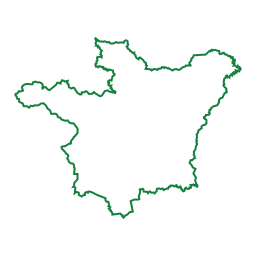 Mueang Phetchabun, Phetchabun, Thailand
{"feature_id": "78962969B97134381081584", "entity_name": "Mueang Phetchabun", "entity_type": "district", "adm_level": 2, "iso_a3": "THA", "parent_name": "Thailand", "parent_adm1": "Phetchabun", "projection": "albers", "projection_center": [101.207, 16.368], "detail": "fine", "context": "isolated", "style": "outline", "palette": "green", "viewbox_px": 256, "rotation_deg": 0, "n_neighbors": 0, "source": "geoboundaries", "source_scale": "gbopen_adm2", "svg_char_len": 5684}
<svg xmlns="http://www.w3.org/2000/svg" viewBox="0 0 256 256"><path d="M74.7,193.2L76.3,192.0L78.1,192.3L78.8,192.8L78.8,195.0L81.8,196.5L83.5,195.1L84.9,195.0L84.8,193.2L86.0,192.1L87.9,192.7L88.1,191.7L89.1,191.5L92.0,192.3L97.5,195.1L105.5,198.2L105.4,200.1L106.4,201.7L108.4,201.8L109.2,205.2L108.4,206.3L110.3,207.0L109.7,208.6L109.0,208.8L110.3,210.7L111.0,210.6L111.0,211.5L112.0,212.2L112.3,213.8L112.8,213.9L112.6,214.6L120.3,213.5L121.0,214.5L122.6,215.3L122.2,216.1L123.6,217.7L125.4,215.4L127.5,214.5L129.6,212.2L132.8,211.6L130.7,201.1L134.4,199.5L138.2,199.6L139.3,199.1L138.8,195.7L139.7,194.1L140.2,190.6L139.7,189.7L140.2,189.2L141.1,189.4L142.6,188.8L143.3,189.1L143.7,191.6L147.6,191.9L147.9,193.1L149.9,191.4L151.4,192.7L153.8,192.5L154.7,193.4L156.7,190.9L156.9,188.8L159.5,188.5L160.6,189.1L162.7,188.5L163.6,190.1L167.1,188.4L168.0,188.7L168.9,186.8L170.3,186.6L170.5,185.6L173.1,185.6L174.5,186.5L176.3,185.1L177.0,186.1L176.9,186.9L178.7,187.6L180.1,186.4L180.8,187.1L180.5,187.4L181.1,189.0L182.3,189.4L182.6,190.9L183.7,191.4L184.4,190.9L185.1,188.3L186.0,187.7L186.5,188.6L188.7,189.0L189.6,188.1L189.5,187.5L190.8,187.8L191.4,185.8L190.7,185.0L192.3,184.7L193.3,185.1L193.7,184.6L194.4,185.4L194.6,185.0L195.7,185.0L196.4,186.2L196.7,185.7L197.3,186.3L197.5,185.6L196.0,183.3L195.2,180.2L196.0,177.6L193.4,173.5L195.5,168.9L192.7,167.4L191.6,165.0L189.6,162.9L190.7,160.1L192.2,160.3L193.8,158.5L194.9,158.2L194.4,157.5L194.7,156.3L193.7,154.8L194.1,154.0L193.7,151.9L195.5,149.3L195.9,146.3L197.2,144.0L196.3,142.4L197.0,140.9L196.4,140.3L197.1,135.9L196.6,134.6L198.2,132.3L198.3,130.5L201.6,128.3L201.5,126.4L203.5,125.0L205.3,124.7L206.5,123.1L206.3,119.7L204.0,118.3L203.9,117.1L205.4,116.5L205.8,115.0L208.9,114.8L209.8,113.5L208.9,112.3L209.5,111.8L209.5,109.9L210.7,109.7L211.1,108.1L213.3,106.4L217.4,105.2L219.2,101.9L218.8,101.4L219.4,99.3L221.0,98.0L222.3,97.8L224.6,93.2L226.4,92.6L226.8,91.4L226.2,91.0L226.4,88.8L223.6,85.9L223.4,85.0L224.4,84.3L223.7,82.5L224.1,79.0L225.7,77.6L225.9,75.9L226.9,75.5L227.7,77.4L228.6,77.0L228.4,76.3L229.4,77.4L229.5,76.2L231.1,74.9L231.6,75.2L231.4,74.5L232.7,74.7L233.1,73.6L232.7,73.1L233.4,72.4L233.8,73.0L234.7,72.7L234.9,73.4L235.5,72.4L236.2,72.6L236.0,71.5L235.3,72.0L235.6,70.4L236.6,71.3L237.1,70.7L237.6,71.4L239.3,71.4L239.3,70.4L240.4,69.7L240.6,69.0L239.9,68.8L240.0,68.2L239.2,68.4L239.2,67.2L238.5,67.5L237.8,66.0L237.2,67.3L234.6,65.3L233.7,65.5L234.4,64.0L233.5,63.6L234.2,63.3L234.5,62.0L233.5,62.8L232.8,62.2L233.7,61.9L234.5,59.7L233.5,59.7L233.3,59.1L232.8,59.5L232.6,57.2L231.9,57.5L231.6,57.0L230.9,57.7L229.9,55.9L228.6,56.2L226.6,54.5L225.3,54.6L224.0,52.9L223.4,53.3L222.8,52.8L221.3,54.0L219.9,54.1L219.2,53.2L219.5,51.9L219.0,50.9L217.7,50.9L215.5,49.9L214.3,50.2L212.2,49.7L212.0,50.7L211.1,50.5L210.6,51.2L210.2,50.7L209.3,51.1L205.6,54.6L193.8,55.3L192.7,57.7L191.3,58.6L191.4,60.2L189.4,62.9L189.4,64.0L190.4,64.8L190.5,65.5L186.0,65.5L185.7,66.2L182.3,67.5L179.8,69.7L178.1,69.9L176.5,69.1L174.4,69.3L172.6,70.5L168.4,68.1L167.9,68.5L166.4,67.6L164.5,67.3L164.1,67.9L162.9,67.0L161.7,67.4L161.2,68.4L158.1,68.8L157.4,69.9L154.5,68.9L152.1,70.2L152.1,69.6L150.5,69.8L150.0,69.2L145.6,68.9L146.9,65.6L145.9,65.1L146.1,63.3L145.7,62.6L144.6,62.4L143.3,60.2L140.1,57.5L139.0,57.8L138.6,59.3L136.6,58.1L135.6,56.5L135.6,55.3L133.9,53.6L134.2,52.6L132.5,52.8L131.1,51.3L130.0,51.0L129.6,49.7L127.7,48.7L127.7,47.8L126.7,46.6L127.3,46.4L128.2,44.3L127.6,43.7L127.7,41.5L126.4,40.4L125.4,40.4L124.2,41.3L123.7,42.8L121.7,42.4L117.7,42.8L116.3,42.1L113.1,43.5L111.1,43.5L109.7,43.1L109.1,42.0L107.2,42.4L104.8,41.3L103.4,41.7L99.2,41.3L95.6,38.3L95.3,38.8L96.5,41.4L95.6,42.7L95.6,43.9L96.8,45.3L96.4,45.7L97.1,45.7L97.9,47.1L98.3,46.4L98.7,47.3L99.5,47.3L100.1,49.2L101.9,50.9L100.6,52.4L100.9,53.3L100.4,54.4L101.8,55.6L101.6,57.3L101.0,56.7L97.3,57.2L97.0,58.2L97.6,60.4L96.4,61.5L96.6,63.5L95.4,64.1L95.5,65.3L96.0,66.7L97.7,66.4L98.2,67.3L99.9,66.1L101.4,67.0L102.7,66.7L103.3,67.1L103.0,68.2L103.9,69.1L104.9,68.4L105.8,68.9L105.7,69.6L106.2,70.0L106.6,69.2L107.6,70.1L108.3,69.7L108.3,70.4L109.3,69.6L113.0,70.6L113.3,73.1L114.6,74.1L114.5,75.1L112.5,76.3L111.5,80.6L109.8,80.1L108.2,81.2L108.9,82.2L108.4,82.6L109.2,83.1L108.3,84.7L109.1,85.6L110.7,85.6L110.2,86.0L110.9,86.9L110.6,87.8L111.4,87.8L111.3,88.8L111.9,89.0L112.0,89.9L115.4,91.7L115.2,92.9L109.8,91.8L107.7,90.4L104.8,91.1L101.9,95.6L99.9,96.2L94.9,93.1L94.0,92.0L92.1,93.8L89.1,94.0L87.2,91.9L85.8,91.2L84.1,92.3L81.7,92.4L81.5,94.3L80.0,94.5L77.3,92.8L74.2,88.0L73.1,87.7L71.3,88.5L69.1,87.3L68.5,85.8L68.7,84.5L67.1,83.2L67.7,80.9L64.9,81.6L63.8,80.7L61.9,80.3L61.5,81.6L60.8,82.0L60.5,83.6L58.0,82.6L57.0,82.9L56.4,84.5L49.5,90.2L47.8,89.4L45.7,87.1L44.2,87.3L42.6,88.5L42.3,87.6L43.0,86.1L42.0,83.6L39.7,82.3L37.0,82.4L35.4,81.6L33.1,82.3L32.5,84.3L26.4,84.0L24.2,84.7L22.4,86.1L21.9,87.6L23.0,90.6L20.5,91.5L18.9,91.2L17.5,93.3L15.6,93.9L15.4,95.0L16.5,96.4L17.1,98.6L19.0,99.0L19.2,101.8L22.8,103.5L23.6,106.1L27.2,106.3L29.0,107.7L30.8,105.7L33.1,106.2L34.5,105.3L38.2,105.4L41.3,103.4L43.7,103.4L46.1,105.7L47.5,108.5L50.0,110.3L51.3,113.9L55.7,113.7L57.5,115.3L57.8,117.1L60.3,117.7L61.3,119.4L65.2,120.8L67.7,120.4L68.9,122.1L70.6,123.2L73.6,123.4L77.5,128.4L77.6,132.9L75.0,136.1L73.7,137.0L73.5,138.1L71.2,140.6L70.8,142.0L71.1,143.0L70.5,143.8L69.3,143.6L66.7,145.3L64.7,146.3L62.5,146.4L61.5,147.1L61.7,148.5L65.5,152.4L66.0,153.6L67.9,154.8L68.3,156.1L67.2,158.5L68.2,159.7L68.9,161.9L71.0,163.4L72.9,163.6L73.9,164.9L74.1,167.6L74.7,168.2L74.1,173.9L77.5,174.0L77.5,179.3L74.3,182.9L74.1,185.6L73.3,186.8L74.2,186.6L75.4,187.8L74.7,193.2Z" fill="none" stroke="#15803d" stroke-width="2"/></svg>